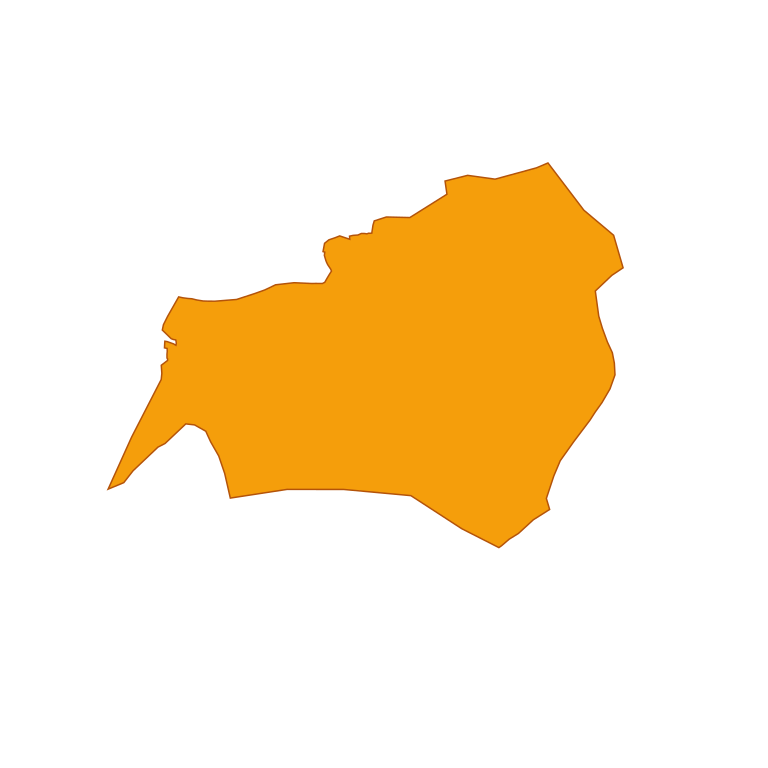 the district of Okene, Kogi, Nigeria, rotated 316°
{"feature_id": "59680162B23991224305955", "entity_name": "Okene", "entity_type": "district", "adm_level": 2, "iso_a3": "NGA", "parent_name": "Nigeria", "parent_adm1": "Kogi", "projection": "natural_earth1", "projection_center": [6.212, 7.522], "detail": "fine", "context": "isolated", "style": "filled", "palette": "amber", "viewbox_px": 768, "rotation_deg": 316, "n_neighbors": 0, "source": "geoboundaries", "source_scale": "gbopen_adm2", "svg_char_len": 1659}
<svg xmlns="http://www.w3.org/2000/svg" viewBox="0 0 768 768"><g transform="rotate(316 384 384)"><path d="M296.8,178.7L275.4,185.0L266.6,188.1L262.0,191.2L262.4,203.6L263.4,205.7L264.8,207.6L264.0,209.0L262.7,210.6L261.2,211.6L260.5,209.0L257.5,202.9L256.1,201.0L254.6,202.3L251.2,205.5L252.7,207.8L250.7,210.0L248.6,211.8L245.9,214.6L245.8,215.6L244.7,216.7L236.8,215.8L231.6,222.0L226.9,226.0L165.5,246.9L112.5,268.0L128.3,274.2L143.2,272.1L143.5,272.1L154.9,272.2L166.3,272.3L177.6,272.4L185.2,274.7L202.3,274.9L213.7,275.0L219.3,281.8L223.0,294.2L221.6,298.1L219.1,305.3L215.1,321.0L207.3,337.6L194.2,359.3L241.1,392.5L281.8,431.9L307.8,462.1L319.7,475.9L325.8,483.0L339.4,542.1L353.0,581.5L356.2,582.0L366.3,582.6L376.9,584.9L397.1,585.4L416.0,589.3L421.3,579.1L442.3,568.1L457.5,561.6L480.4,557.3L507.0,553.1L516.5,550.9L527.9,548.8L543.2,544.5L556.5,537.9L564.2,529.0L570.0,520.1L573.9,508.9L579.8,495.6L585.6,484.4L600.6,463.9L623.4,464.1L636.7,466.5L652.5,436.5L648.5,397.8L655.5,338.9L643.8,334.4L606.2,313.8L589.1,292.0L568.9,280.4L561.1,291.2L518.2,282.2L501.7,265.5L490.3,259.9L486.4,262.1L480.0,267.0L478.8,266.0L477.6,264.8L476.0,264.1L474.6,262.3L472.3,260.0L468.7,258.7L465.0,255.6L461.9,253.7L459.9,256.1L455.0,246.7L450.4,244.8L444.5,242.0L439.0,241.5L432.1,246.4L433.0,248.0L430.4,250.1L428.0,254.7L427.2,256.6L426.4,259.0L425.4,264.5L424.6,266.3L420.5,267.3L416.8,268.3L412.0,269.7L409.5,268.9L404.5,264.0L402.0,261.7L389.7,248.7L374.9,237.3L363.5,233.5L354.2,229.3L336.7,220.8L319.9,207.0L314.7,201.9L311.6,198.7L307.7,193.5L305.0,189.2L302.4,186.3L299.3,182.4L296.8,178.7Z" fill="#f59e0b" stroke="#b45309" stroke-width="1.5"/></g></svg>